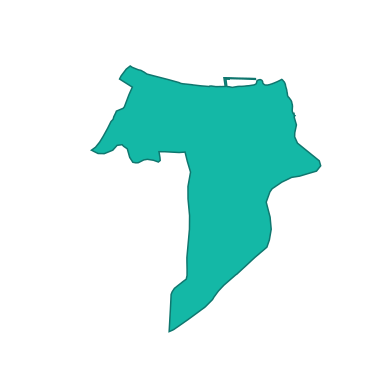 Town, Soufrière, Saint Lucia (Equal Earth projection), rotated 112°
{"feature_id": "8701671B57419145053481", "entity_name": "Town", "entity_type": "district", "adm_level": 2, "iso_a3": "LCA", "parent_name": "Saint Lucia", "parent_adm1": "Soufrière", "projection": "equal_earth", "projection_center": [-61.059, 13.855], "detail": "fine", "context": "isolated", "style": "filled", "palette": "teal", "viewbox_px": 384, "rotation_deg": 112, "n_neighbors": 0, "source": "geoboundaries", "source_scale": "gbopen_adm2", "svg_char_len": 3097}
<svg xmlns="http://www.w3.org/2000/svg" viewBox="0 0 384 384"><g transform="rotate(112 192 192)"><path d="M80.3,127.2L81.0,127.2L81.7,126.9L81.5,127.4L80.8,128.2L80.0,128.9L79.5,129.3L79.0,129.5L78.6,129.7L78.2,129.9L77.6,130.0L76.6,130.4L75.2,130.8L74.2,131.3L73.4,131.7L72.8,132.2L72.2,132.7L71.3,133.2L70.6,133.8L70.1,134.4L69.5,135.2L68.8,136.4L68.4,137.0L68.0,137.7L67.9,138.3L67.5,138.7L67.1,139.2L66.8,139.5L66.4,139.8L65.7,140.1L65.0,140.5L64.2,141.0L63.5,141.5L62.8,141.9L62.1,142.3L61.5,142.7L60.7,143.3L59.9,144.0L59.2,144.5L58.7,144.9L58.0,145.3L57.2,145.8L56.8,146.2L55.8,147.2L55.4,147.7L55.0,148.6L54.6,149.3L54.2,150.1L54.0,150.7L54.1,151.2L55.2,151.9L55.8,152.5L57.5,154.0L58.8,155.3L59.9,156.4L60.6,157.1L61.1,157.7L61.9,158.5L62.4,159.2L63.2,160.1L63.9,161.1L64.3,161.7L64.7,162.3L64.9,163.0L65.2,163.6L65.4,164.3L65.2,165.7L64.8,166.7L64.4,167.1L64.1,167.4L63.3,167.8L62.8,168.3L62.5,168.7L62.2,169.4L62.2,170.7L62.6,171.6L63.0,172.1L63.6,172.8L64.3,173.3L65.3,173.3L66.6,173.1L67.2,173.0L67.7,173.1L69.0,174.1L69.6,174.8L72.1,179.0L73.1,181.0L73.4,181.6L74.0,182.6L75.1,184.8L75.6,185.9L75.8,186.5L76.2,187.5L77.1,189.3L77.8,190.4L78.7,191.9L79.6,193.3L79.9,193.8L80.2,195.3L80.5,197.0L80.9,198.3L81.1,198.8L81.0,199.3L80.4,199.6L74.6,202.9L73.5,199.8L72.9,200.1L72.0,197.6L70.2,192.8L68.2,187.5L66.4,182.5L66.0,181.4L65.2,179.2L64.5,177.3L63.8,175.3L63.1,175.7L65.2,181.5L69.0,191.5L72.4,200.8L74.1,205.2L81.1,201.1L81.7,200.7L82.4,202.3L82.7,203.0L83.3,204.3L83.5,204.9L84.0,206.1L84.7,207.7L85.4,209.4L85.7,210.7L86.2,212.6L86.4,213.6L86.8,214.5L87.2,215.3L87.7,215.4L90.2,223.4L92.4,231.4L92.5,232.1L94.1,237.7L95.1,241.1L95.3,242.2L95.5,242.9L95.4,245.1L96.6,255.6L98.5,270.0L99.5,277.8L99.4,278.8L99.2,279.3L99.0,280.5L98.7,281.7L98.7,282.7L98.4,284.2L98.4,285.2L98.8,287.6L98.8,290.8L98.8,294.1L98.5,295.5L98.3,296.5L102.7,299.0L110.9,301.2L114.4,301.5L117.1,286.6L125.4,286.9L138.5,286.6L138.9,286.8L140.2,287.2L145.3,292.4L147.3,292.4L151.4,292.7L154.3,292.4L156.9,293.5L159.6,293.7L164.7,294.1L173.7,295.2L180.3,296.3L186.6,298.2L190.9,300.9L191.0,299.5L191.1,298.7L191.5,293.5L189.3,287.7L182.9,281.1L176.8,278.9L174.3,274.5L175.2,272.6L176.2,268.2L179.4,265.7L183.3,262.7L186.6,258.0L186.0,255.0L185.0,252.8L180.3,248.7L178.4,245.6L177.0,239.6L176.8,234.4L174.7,233.3L172.1,234.6L167.0,237.7L164.7,231.9L160.2,218.7L157.6,213.4L165.5,207.7L174.1,200.8L188.4,197.8L199.9,193.1L214.8,185.4L227.5,180.4L254.6,172.2L257.8,170.9L265.8,167.5L269.3,166.1L271.3,165.3L275.0,164.7L278.2,166.7L287.9,172.2L291.9,173.0L294.8,173.0L299.3,171.4L309.7,167.8L330.0,160.9L327.5,158.4L326.2,157.3L310.5,147.1L293.6,136.7L284.1,132.7L281.3,132.3L274.6,130.6L273.6,130.3L266.6,127.6L259.3,123.9L253.4,120.9L252.0,120.2L251.7,119.8L229.1,109.2L215.1,101.9L207.5,102.3L196.9,104.6L186.0,110.2L180.5,114.3L173.6,119.4L162.7,119.8L158.9,118.9L149.3,112.5L141.1,105.1L137.0,98.2L132.5,92.6L126.0,84.4L119.5,82.5L115.4,85.7L111.3,99.1L107.2,112.5L102.4,117.5L98.6,118.9L90.7,120.3L84.2,125.4L82.7,125.2L82.9,125.8L80.3,127.2Z" fill="#14b8a6" stroke="#0f766e" stroke-width="1.5"/></g></svg>